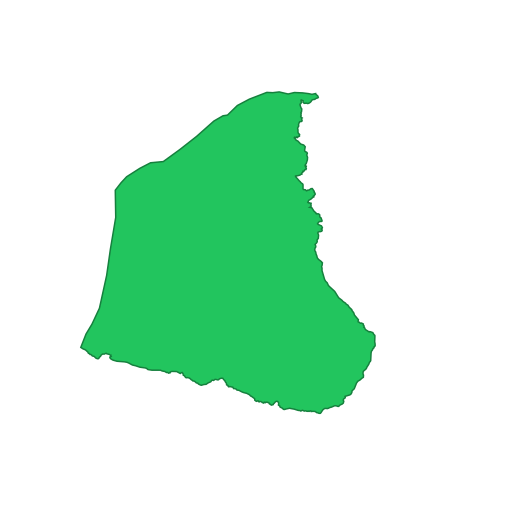 the district of North Ambrym, Malampa, Vanuatu, rotated 121°
{"feature_id": "77236927B87914906430322", "entity_name": "North Ambrym", "entity_type": "district", "adm_level": 2, "iso_a3": "VUT", "parent_name": "Vanuatu", "parent_adm1": "Malampa", "projection": "orthographic", "projection_center": [168.138, -16.178], "detail": "fine", "context": "isolated", "style": "filled", "palette": "green", "viewbox_px": 512, "rotation_deg": 121, "n_neighbors": 0, "source": "geoboundaries", "source_scale": "gbopen_adm2", "svg_char_len": 6148}
<svg xmlns="http://www.w3.org/2000/svg" viewBox="0 0 512 512"><g transform="rotate(121 256 256)"><path d="M424.6,359.1L424.7,356.5L424.3,353.8L425.0,350.5L425.6,349.8L425.7,349.3L425.4,348.6L425.9,347.5L425.5,346.7L425.5,345.9L425.9,345.3L425.9,344.6L425.4,343.0L426.0,340.7L425.8,339.3L425.4,338.4L424.7,338.0L423.6,338.1L422.0,337.6L420.7,337.7L419.0,337.0L418.3,335.6L416.7,334.5L416.5,334.0L416.7,333.6L415.9,331.1L416.0,329.8L416.6,328.4L417.0,328.6L416.7,328.8L417.2,328.8L417.8,329.2L418.5,328.8L419.0,327.3L418.9,324.9L417.8,320.9L414.5,314.3L413.6,312.0L413.3,310.2L413.1,305.8L412.1,302.7L411.1,298.2L408.9,293.1L408.7,291.5L409.0,290.4L408.7,289.4L407.5,286.5L403.1,279.1L402.9,277.3L401.9,274.5L402.0,272.8L401.4,272.0L401.4,270.5L401.3,270.3L400.4,270.0L400.3,269.5L399.3,269.6L398.2,268.6L395.9,264.5L395.7,260.4L394.4,259.8L393.9,259.3L394.4,258.0L395.7,256.8L395.5,256.2L395.6,255.5L396.4,253.8L396.1,252.7L395.5,252.1L395.0,250.5L395.0,249.5L395.4,247.8L395.4,246.1L395.6,245.9L395.1,244.5L395.1,243.4L395.5,241.8L395.0,240.4L395.4,239.4L395.2,237.2L394.9,236.2L393.0,234.5L391.7,232.7L389.5,231.7L387.1,230.0L385.5,229.9L384.9,229.5L384.6,228.4L384.2,228.1L383.0,227.7L382.5,227.0L381.9,225.0L381.4,224.4L380.0,224.0L378.6,222.8L377.9,221.4L378.6,220.2L378.8,218.7L379.6,217.6L380.2,216.0L381.6,214.8L381.4,213.7L381.6,212.9L382.1,212.7L382.2,212.0L381.3,211.0L380.4,208.2L381.2,206.9L380.7,206.1L380.3,204.8L380.7,203.3L379.9,201.3L379.8,198.5L379.5,196.5L378.5,193.2L378.4,191.5L378.3,190.1L378.8,188.5L378.6,187.8L379.0,183.7L380.2,182.8L380.4,181.3L380.2,180.5L379.1,179.8L379.1,179.1L379.5,178.6L379.3,178.0L378.8,177.8L378.2,176.8L378.2,175.8L378.4,175.3L378.1,173.6L377.7,173.5L377.2,173.7L376.8,173.3L376.8,172.3L376.0,172.0L375.3,170.5L375.5,169.9L375.3,169.5L375.4,168.6L375.8,168.4L375.9,166.0L374.5,164.7L373.6,164.9L373.0,164.6L370.8,164.2L369.9,163.5L369.6,162.6L369.9,161.5L370.4,160.8L372.2,160.0L372.3,158.5L373.1,157.5L372.9,155.1L373.3,153.5L372.8,152.4L371.8,151.6L369.0,148.6L368.9,147.8L367.6,144.4L366.6,140.3L365.8,138.6L365.8,137.7L364.6,137.0L364.2,136.4L364.1,134.8L363.2,133.8L362.8,132.1L362.3,131.6L361.9,131.0L361.9,130.5L360.9,129.8L360.5,129.3L360.9,128.6L359.8,127.2L358.8,125.2L359.0,123.3L358.5,122.0L358.4,120.9L357.7,119.8L356.7,119.6L353.6,119.5L351.9,118.9L351.1,118.4L350.0,116.2L349.2,115.5L347.9,114.7L346.7,113.5L343.8,111.4L343.1,110.1L342.8,108.5L342.3,107.6L341.2,107.5L340.1,107.0L338.6,105.9L337.1,105.4L335.2,106.0L335.0,106.6L334.6,107.0L333.7,107.2L332.9,107.1L332.1,106.6L331.3,106.6L330.5,107.4L326.7,104.0L325.6,103.5L323.8,103.5L322.1,104.2L319.2,103.4L313.1,104.4L310.9,104.2L308.5,102.9L306.1,102.2L304.7,101.5L302.7,102.5L302.0,103.5L300.2,104.5L299.0,104.5L296.6,103.6L295.1,103.5L294.3,103.7L290.7,103.6L288.7,104.0L287.4,103.7L286.6,103.8L279.7,107.5L278.0,108.0L276.6,107.8L275.6,107.9L275.3,108.1L273.9,107.6L273.0,108.0L272.1,107.6L271.3,107.8L269.3,109.2L268.7,109.9L263.8,112.6L262.8,113.3L262.6,114.5L261.5,116.4L262.0,118.9L262.3,119.7L262.8,119.9L262.7,123.9L262.4,124.9L261.6,125.9L261.6,126.8L260.6,127.1L260.2,127.5L260.1,128.2L259.0,129.0L259.1,131.0L259.9,131.9L259.6,133.4L259.9,134.3L259.4,134.9L257.9,135.4L255.9,141.2L254.4,142.9L253.2,145.8L252.6,146.3L251.9,149.7L250.8,151.9L250.8,153.9L250.3,155.0L250.2,158.0L249.7,159.5L249.2,163.7L245.8,170.3L244.3,177.6L243.9,178.9L242.3,181.2L241.8,183.3L240.8,185.1L234.5,191.9L232.3,193.2L231.4,194.3L229.8,194.6L227.6,195.6L227.6,196.3L227.2,196.7L226.7,200.7L226.0,202.5L224.3,204.2L223.4,205.5L221.8,206.9L221.1,208.3L220.4,208.9L218.6,209.5L217.5,209.4L216.7,209.9L215.7,211.3L213.3,210.8L212.2,210.9L210.9,211.9L208.7,211.7L207.3,212.5L206.5,212.7L205.3,213.7L204.7,214.7L203.8,215.1L202.4,214.2L202.0,213.4L201.0,212.5L200.4,212.4L199.7,212.6L199.4,213.1L199.3,213.9L198.9,214.0L198.3,213.6L197.5,213.7L196.5,215.4L196.9,218.7L196.7,219.8L195.1,219.8L194.1,219.5L193.3,218.9L193.1,218.2L192.5,217.5L192.0,217.4L191.7,217.6L189.8,219.9L189.8,220.8L189.4,221.6L187.9,222.6L187.7,223.5L187.8,224.5L188.6,225.6L188.7,226.3L188.3,226.5L187.6,229.7L185.9,233.0L186.6,235.0L185.5,234.4L184.8,234.4L183.9,235.3L182.4,235.9L182.5,236.4L183.0,236.6L182.9,237.7L183.4,238.3L183.3,239.2L181.8,239.4L181.0,239.4L178.9,238.2L176.5,237.5L175.5,236.9L175.2,237.6L174.0,237.2L172.5,237.1L171.7,237.9L171.4,239.0L170.6,239.4L169.2,242.5L169.9,243.5L171.9,244.4L172.5,244.9L172.8,245.5L174.0,246.1L174.1,246.6L173.8,247.8L174.6,249.6L174.2,250.3L170.7,252.4L170.2,253.1L170.0,255.4L169.6,256.1L169.3,257.6L167.7,262.6L167.2,263.3L166.6,263.0L166.4,262.4L164.8,260.7L163.7,259.8L162.5,259.4L162.3,258.9L161.5,259.4L160.9,259.4L160.3,259.0L159.3,259.5L158.8,258.7L158.5,258.6L156.9,258.6L156.2,257.7L155.1,257.9L154.8,258.7L153.1,259.1L153.1,259.4L153.8,259.7L153.5,260.3L152.7,260.7L150.7,260.6L147.1,261.5L144.9,262.6L143.5,264.3L142.8,264.7L141.7,264.8L141.2,265.3L140.9,266.2L141.2,267.0L140.9,268.3L140.1,268.9L137.0,270.1L136.3,272.3L137.0,275.4L135.9,279.3L136.1,281.2L135.5,282.2L135.2,283.8L134.6,284.2L134.2,284.0L134.1,283.1L133.8,282.6L132.9,282.4L133.1,281.5L131.9,281.2L131.2,280.6L130.7,280.5L130.2,281.1L129.4,281.2L128.9,283.1L128.2,283.8L126.1,285.1L125.5,285.8L124.7,286.3L122.6,286.3L121.5,287.2L120.1,287.6L118.4,287.7L117.4,286.4L116.8,286.1L116.3,286.5L115.9,286.4L115.2,287.5L114.7,287.8L113.9,287.5L113.7,289.4L113.2,289.6L112.6,289.5L111.4,290.5L110.8,290.5L109.9,291.4L109.1,291.2L106.9,292.2L106.2,292.7L105.8,293.8L103.7,296.2L103.2,296.5L102.5,296.1L101.2,296.1L99.2,297.7L98.9,297.6L98.7,295.5L99.9,295.0L100.3,293.6L100.1,292.9L99.0,291.5L98.7,290.2L97.9,289.4L96.5,288.7L95.4,288.4L93.4,288.3L92.5,287.6L91.5,286.3L90.0,285.7L88.6,284.4L87.9,284.3L87.3,285.1L86.9,285.7L86.6,287.9L86.0,288.5L88.6,291.3L89.8,294.7L92.1,299.9L96.1,307.3L100.6,311.9L103.4,320.6L107.4,325.8L110.2,331.0L125.0,342.5L136.6,349.5L149.9,353.0L152.8,356.5L162.0,361.6L184.0,368.5L203.7,376.0L222.8,384.1L230.4,394.4L240.8,400.8L254.7,407.7L262.8,409.4L272.1,410.5L295.2,396.1L324.7,384.5L349.6,374.0L381.4,363.3L398.8,361.5L410.4,361.5L424.6,359.1Z" fill="#22c55e" stroke="#15803d" stroke-width="1.5"/></g></svg>